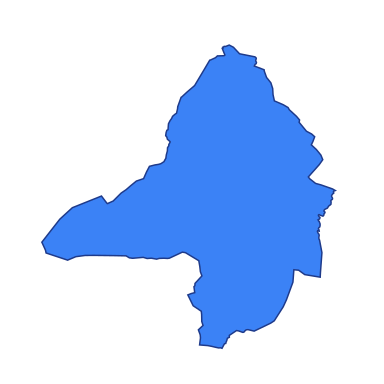 Takai, Kano, Nigeria (Mercator projection), rotated 188°
{"feature_id": "59680162B89970230221745", "entity_name": "Takai", "entity_type": "district", "adm_level": 2, "iso_a3": "NGA", "parent_name": "Nigeria", "parent_adm1": "Kano", "projection": "mercator", "projection_center": [9.174, 11.48], "detail": "fine", "context": "isolated", "style": "filled", "palette": "blue", "viewbox_px": 384, "rotation_deg": 188, "n_neighbors": 0, "source": "geoboundaries", "source_scale": "gbopen_adm2", "svg_char_len": 3345}
<svg xmlns="http://www.w3.org/2000/svg" viewBox="0 0 384 384"><g transform="rotate(188 192 192)"><path d="M333.7,121.4L329.0,114.0L328.0,111.3L305.6,107.2L305.4,107.4L298.0,111.8L289.0,114.3L280.3,115.6L260.8,118.1L248.4,119.6L244.9,118.1L241.6,118.1L231.2,120.5L227.2,119.9L223.1,120.8L217.7,120.6L215.2,121.7L210.6,122.5L207.0,122.8L205.2,123.3L193.2,131.1L190.0,131.0L175.7,124.9L173.9,119.3L172.6,114.2L170.5,110.3L176.3,101.9L176.1,99.6L176.9,98.5L175.3,92.7L178.7,91.3L181.8,89.5L175.0,79.5L166.2,75.2L165.4,72.0L164.4,65.8L164.3,65.1L162.5,61.4L166.5,56.4L164.0,51.7L163.3,48.7L163.2,41.6L155.0,42.1L151.1,41.9L146.8,41.5L143.9,41.3L142.1,41.7L140.5,41.4L139.9,43.1L139.3,44.7L138.7,46.3L137.5,46.7L137.4,47.9L136.9,49.7L136.6,52.1L134.8,53.3L135.1,55.2L128.6,61.0L126.3,60.9L122.5,60.1L121.7,60.2L121.1,60.5L120.6,61.1L120.3,61.8L119.7,62.5L119.0,63.1L117.4,63.5L111.1,62.9L95.8,73.1L92.6,75.9L85.7,91.0L83.5,98.3L79.5,116.8L80.3,129.2L75.5,129.4L68.9,125.9L53.2,125.5L53.6,130.2L53.6,130.3L54.9,150.0L59.0,162.1L59.8,163.3L60.1,164.8L60.0,166.6L60.4,167.9L61.1,168.4L62.3,170.2L62.2,171.1L61.6,171.1L60.6,171.0L61.0,172.3L61.7,173.0L61.5,174.2L60.6,175.2L60.5,176.5L60.7,178.2L62.0,180.6L62.9,181.2L63.0,181.9L62.4,182.6L62.6,182.6L62.0,183.1L61.7,184.3L61.7,184.5L62.4,185.0L63.0,185.5L63.5,186.2L63.6,186.8L63.3,187.2L62.9,187.3L62.4,187.2L61.5,186.7L60.4,186.6L59.0,186.3L58.8,186.6L58.4,187.0L58.3,187.3L58.2,188.0L58.2,188.9L57.8,189.5L57.5,189.8L57.5,190.6L58.0,190.9L58.7,191.4L58.7,192.0L58.4,192.8L58.2,193.1L57.2,193.9L56.0,194.6L55.6,195.0L54.9,196.7L54.1,197.8L53.4,198.3L53.0,198.8L52.7,199.2L52.8,200.9L52.9,201.6L53.2,202.2L53.3,202.8L53.1,203.1L52.7,203.7L52.3,203.9L51.9,204.5L51.9,205.1L52.2,205.8L52.8,206.5L53.3,207.4L53.0,208.6L52.4,209.7L51.5,210.5L51.5,210.9L52.0,211.6L52.0,212.0L51.7,212.6L50.8,213.1L50.3,213.4L53.3,214.6L65.3,217.0L70.8,217.7L77.3,221.5L78.9,223.1L69.8,236.8L67.0,242.2L69.5,246.5L74.8,251.4L80.4,255.3L79.3,258.8L78.2,263.8L81.6,266.1L87.1,268.1L95.6,275.9L95.5,278.3L99.1,281.5L107.1,287.0L108.6,289.0L113.7,291.1L123.1,293.7L125.3,299.7L126.5,305.7L129.1,311.1L134.1,315.8L137.2,321.7L137.6,323.1L147.8,325.4L147.3,327.2L146.3,328.0L146.2,329.4L147.1,330.5L147.2,331.7L146.9,332.9L147.3,333.9L148.5,334.6L164.2,335.5L171.1,341.1L175.6,342.7L179.0,340.8L180.4,340.7L180.5,340.4L181.6,339.7L181.2,339.0L182.1,338.5L178.5,332.2L179.3,331.4L185.8,330.3L187.4,328.3L192.5,325.0L192.8,325.0L196.7,315.6L204.2,297.8L210.8,290.3L215.9,284.1L216.0,284.1L218.0,274.5L217.9,272.3L218.3,267.8L219.8,266.5L221.8,264.2L222.4,262.0L223.7,259.5L224.8,256.3L224.6,253.0L224.4,250.4L225.5,249.6L225.9,247.4L225.9,244.1L224.5,242.8L223.7,240.8L220.8,238.9L220.6,238.5L220.9,237.5L221.5,236.0L221.6,235.5L221.4,234.6L222.4,232.5L222.1,229.1L222.6,225.3L222.6,221.5L222.7,221.4L222.8,221.2L222.9,220.9L223.0,220.8L223.0,220.7L223.2,220.3L223.2,220.2L223.3,220.1L223.3,219.9L223.4,219.7L223.5,219.6L223.5,219.4L223.6,219.2L223.7,218.9L223.8,218.7L223.8,218.4L223.9,218.2L226.8,215.7L229.0,214.7L232.6,213.6L237.7,211.5L239.8,205.6L241.8,198.5L248.6,195.1L253.4,189.9L257.6,185.1L262.0,181.1L268.8,172.1L273.4,169.2L273.5,169.1L273.7,168.9L273.8,168.8L274.4,168.8L276.5,170.8L281.1,175.4L285.1,173.1L308.3,159.8L319.1,146.7L327.3,132.5L333.7,121.4Z" fill="#3b82f6" stroke="#1e3a8a" stroke-width="1.5"/></g></svg>